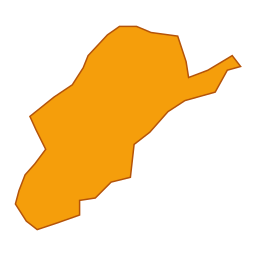 Kampia, Nicosia, Cyprus (orthographic projection)
{"feature_id": "46923920B79725215059171", "entity_name": "Kampia", "entity_type": "district", "adm_level": 2, "iso_a3": "CYP", "parent_name": "Cyprus", "parent_adm1": "Nicosia", "projection": "orthographic", "projection_center": [33.243, 34.987], "detail": "fine", "context": "isolated", "style": "filled", "palette": "amber", "viewbox_px": 256, "rotation_deg": 0, "n_neighbors": 0, "source": "geoboundaries", "source_scale": "gbopen_adm2", "svg_char_len": 530}
<svg xmlns="http://www.w3.org/2000/svg" viewBox="0 0 256 256"><path d="M240.6,66.5L232.2,55.6L207.9,70.2L188.6,77.5L186.1,61.7L177.7,36.1L151.0,32.5L136.5,26.4L119.5,26.4L107.4,34.9L88.1,55.6L83.2,67.8L72.3,84.8L54.1,97.0L29.9,116.4L36.0,129.8L45.7,149.3L34.8,163.9L25.1,174.8L19.0,190.6L15.4,204.0L26.3,221.1L37.2,229.6L59.0,222.3L79.6,215.0L79.6,200.4L95.3,198.0L111.1,182.1L130.4,177.3L134.1,144.4L149.8,132.2L168.0,111.6L184.9,100.6L215.2,92.1L227.3,70.2L240.6,66.5Z" fill="#f59e0b" stroke="#b45309" stroke-width="1.5"/></svg>